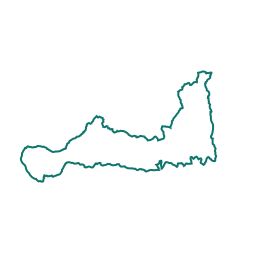 Dos de Mayo, Huánuco, Peru, rotated 198°
{"feature_id": "86281439B79101978264301", "entity_name": "Dos de Mayo", "entity_type": "district", "adm_level": 2, "iso_a3": "PER", "parent_name": "Peru", "parent_adm1": "Huánuco", "projection": "albers", "projection_center": [-76.617, -9.7], "detail": "fine", "context": "isolated", "style": "outline", "palette": "teal", "viewbox_px": 256, "rotation_deg": 198, "n_neighbors": 0, "source": "geoboundaries", "source_scale": "gbopen_adm2", "svg_char_len": 5741}
<svg xmlns="http://www.w3.org/2000/svg" viewBox="0 0 256 256"><g transform="rotate(198 128 128)"><path d="M65.8,206.4L67.2,206.0L67.4,205.5L67.9,205.1L68.7,205.1L69.7,204.8L70.4,204.1L71.0,204.3L71.6,205.2L72.8,205.2L74.2,204.9L74.7,204.7L76.1,203.4L78.4,202.2L77.7,200.9L77.1,198.8L77.1,198.1L77.5,197.6L77.4,196.7L77.7,195.5L77.2,194.7L76.7,192.8L78.2,192.6L78.8,192.1L79.4,191.9L81.1,188.5L82.4,188.1L83.3,189.3L83.9,189.7L84.7,189.4L86.1,187.8L87.6,187.1L87.5,186.5L87.9,186.0L88.2,184.5L89.1,183.6L88.5,182.9L88.3,181.4L90.4,179.8L90.7,179.0L91.6,178.0L90.9,177.2L90.7,175.6L90.4,175.2L89.9,173.9L88.3,172.6L87.7,171.5L86.4,170.8L85.8,168.6L85.0,167.7L84.3,167.4L83.8,166.3L83.0,165.6L82.2,163.9L82.7,163.4L83.6,163.2L84.2,162.5L84.1,161.5L84.9,159.9L84.8,159.1L85.0,158.1L85.7,156.5L86.6,153.6L87.7,151.1L87.7,149.2L88.2,148.6L88.3,148.0L87.8,146.2L87.8,144.4L88.1,142.2L87.7,141.4L88.9,141.6L91.2,141.3L91.8,141.0L93.3,141.0L94.0,140.6L95.8,140.3L96.0,139.9L95.8,139.0L96.0,138.0L95.8,137.4L94.6,136.2L92.9,135.1L92.6,133.6L91.4,132.1L90.8,130.9L90.8,129.3L91.3,128.6L95.6,125.5L96.2,126.7L98.0,127.9L99.1,128.4L100.0,127.8L101.2,125.2L101.8,124.6L103.2,123.4L105.4,122.3L106.3,123.2L109.1,124.3L109.7,124.9L110.3,124.9L111.8,124.5L113.8,124.3L115.4,122.6L116.7,121.8L117.2,121.8L117.5,122.6L119.0,122.6L119.7,122.5L121.1,121.4L121.8,121.1L125.4,121.8L126.3,122.6L128.7,123.4L131.6,123.7L133.0,123.2L133.9,123.2L135.6,122.0L136.4,121.8L137.3,122.0L137.3,121.4L137.6,120.9L139.7,119.4L140.4,119.9L141.7,120.3L142.4,122.1L143.1,122.0L144.1,121.3L144.8,121.3L145.6,122.0L146.7,121.5L148.1,123.2L149.2,123.1L149.9,122.0L150.3,121.6L151.7,121.7L151.9,121.5L152.3,122.2L154.1,124.3L153.9,125.5L153.3,126.2L153.9,127.5L153.9,128.5L155.0,128.9L155.4,129.8L156.9,129.6L158.7,130.0L159.5,128.8L159.9,128.7L161.5,129.6L163.4,125.6L163.3,123.9L163.9,122.8L164.1,121.8L164.4,121.1L165.0,120.4L166.7,120.6L167.9,119.6L168.3,118.3L168.0,117.8L167.9,117.0L168.2,116.5L167.9,114.8L167.9,113.9L167.6,113.1L168.3,111.5L169.1,110.6L168.7,110.1L169.4,109.5L169.6,108.5L170.2,107.9L170.8,106.9L170.8,106.3L171.3,106.0L171.9,104.9L173.3,104.1L174.1,103.9L174.5,102.7L175.2,101.9L176.9,100.8L179.7,97.3L179.5,96.6L179.7,95.6L180.3,95.1L181.0,94.0L180.8,93.0L181.1,90.3L180.8,89.5L181.4,89.2L181.6,88.5L182.7,88.0L183.5,86.8L184.1,86.6L185.3,85.2L186.2,84.6L188.7,83.5L189.5,83.4L190.3,82.7L192.4,81.9L196.7,82.8L197.6,83.2L198.4,83.0L199.4,83.9L202.8,84.1L203.4,83.6L205.6,83.6L208.3,83.0L208.9,82.5L209.2,81.9L210.4,81.1L211.6,80.8L212.0,80.3L213.0,79.9L214.6,79.9L216.1,79.5L217.2,79.7L217.6,79.6L218.4,78.6L218.5,77.6L219.6,77.4L219.9,76.9L219.8,75.8L220.5,74.3L220.5,73.3L221.0,71.3L220.4,69.2L220.4,65.5L219.7,64.3L218.5,62.9L217.2,61.9L214.5,60.7L213.1,59.1L212.3,57.6L211.0,56.2L210.0,55.3L208.5,54.7L206.6,53.0L204.2,51.6L200.9,50.8L199.8,51.2L198.6,50.4L196.5,49.6L195.1,50.5L193.7,50.2L192.6,50.7L192.2,51.2L192.6,53.1L192.3,54.4L193.0,55.0L193.0,57.1L192.7,57.2L191.3,56.8L190.6,57.6L189.2,57.3L188.6,57.7L187.1,58.2L186.0,59.2L185.6,59.2L185.0,58.6L184.3,58.4L183.0,59.7L181.8,60.4L180.6,61.6L179.7,62.0L178.2,63.4L178.0,64.9L177.4,66.3L177.9,67.8L177.2,70.0L177.0,72.4L176.6,73.4L176.6,74.6L176.3,75.2L175.7,75.4L175.6,76.2L174.7,76.8L172.9,77.4L170.8,77.3L170.1,77.7L169.0,77.7L168.1,77.5L167.3,77.7L166.1,78.4L165.4,78.6L165.0,79.1L164.1,79.4L162.3,78.4L161.6,78.5L160.6,79.2L158.9,79.2L157.7,78.5L157.3,77.5L156.6,77.3L156.1,77.6L155.1,77.8L154.5,78.5L153.4,79.2L152.5,79.4L150.7,79.2L149.6,79.5L149.1,80.0L149.0,80.9L148.5,81.5L148.3,83.0L147.9,83.4L147.8,84.2L147.5,84.5L146.9,84.1L146.1,84.1L145.7,84.9L144.7,85.9L144.0,85.9L143.4,86.1L143.1,85.3L141.9,84.5L140.2,84.5L139.6,85.1L137.9,85.9L136.0,87.7L135.0,87.8L134.0,88.2L133.7,87.9L132.3,87.7L130.6,87.9L128.1,89.1L127.6,89.5L127.2,90.2L125.6,90.8L123.7,89.4L122.7,89.1L119.2,90.5L118.4,89.9L117.0,89.9L116.2,89.6L112.5,90.5L111.9,90.9L109.4,91.1L108.8,91.5L106.5,90.8L105.5,91.2L104.3,92.4L103.0,93.0L102.0,92.7L101.3,93.1L99.0,93.0L98.4,92.4L97.3,92.2L93.9,94.9L92.9,95.3L89.9,95.9L87.6,97.1L85.8,97.6L86.1,97.9L86.1,98.7L86.3,99.3L87.3,99.8L88.4,101.1L89.7,101.8L88.1,103.0L87.5,103.8L87.6,106.3L87.1,106.8L86.2,107.1L85.8,106.6L85.5,105.4L85.6,104.3L84.9,102.4L84.1,101.3L83.5,99.7L83.1,100.1L83.0,101.1L82.5,102.1L81.9,106.3L81.3,107.3L79.6,107.6L78.1,107.4L76.3,108.0L75.5,107.9L74.4,107.1L71.4,106.9L69.5,106.1L69.2,106.7L69.1,107.4L69.6,109.1L69.4,109.9L67.8,110.3L66.1,111.2L65.7,111.1L65.3,110.5L64.2,110.4L63.1,109.2L62.3,110.4L61.9,112.1L61.4,112.3L59.7,112.5L56.5,113.8L57.7,116.2L59.1,118.1L59.3,119.6L58.9,120.0L58.0,120.0L56.7,119.1L56.2,118.9L55.9,119.2L55.2,120.8L54.0,121.9L53.4,121.7L51.2,120.0L50.4,121.0L49.3,121.6L48.8,121.3L48.3,120.5L48.4,118.1L47.9,117.2L45.9,116.8L45.4,116.5L44.8,116.3L44.1,117.2L44.1,118.8L43.7,119.3L43.5,120.3L43.8,123.3L42.8,125.2L41.5,124.9L40.7,124.1L39.7,124.2L38.8,123.3L36.9,122.9L36.1,123.2L35.3,123.2L35.1,123.6L35.0,124.2L35.7,126.2L35.4,127.1L35.6,128.7L36.7,129.7L37.4,131.9L38.3,133.1L38.3,135.4L39.2,136.3L39.9,136.8L40.6,138.2L42.6,139.1L43.5,141.8L44.1,142.9L44.0,144.1L44.8,144.1L45.8,144.3L46.5,145.6L46.5,146.2L46.2,146.9L46.2,149.5L46.8,153.2L47.5,155.6L48.1,157.2L48.7,158.1L50.9,160.3L51.7,161.6L53.1,165.3L53.8,166.1L54.0,167.5L54.6,168.5L53.8,168.9L53.6,169.3L54.3,170.1L54.6,170.9L55.2,171.2L56.3,172.2L57.1,174.1L57.2,175.7L59.0,176.8L59.0,177.9L59.9,179.1L60.4,181.0L60.7,181.3L61.3,181.2L61.7,182.9L61.0,183.6L60.9,184.4L61.3,185.5L61.4,186.1L62.4,187.4L63.3,187.8L64.6,188.1L65.5,189.8L67.3,191.6L67.8,192.9L68.4,193.6L68.3,194.3L67.9,194.8L68.3,195.7L67.5,196.6L67.4,198.2L65.4,200.9L65.5,201.9L66.1,202.7L65.7,203.9L65.8,205.0L65.6,205.9L65.8,206.4Z" fill="none" stroke="#0f766e" stroke-width="2"/></g></svg>